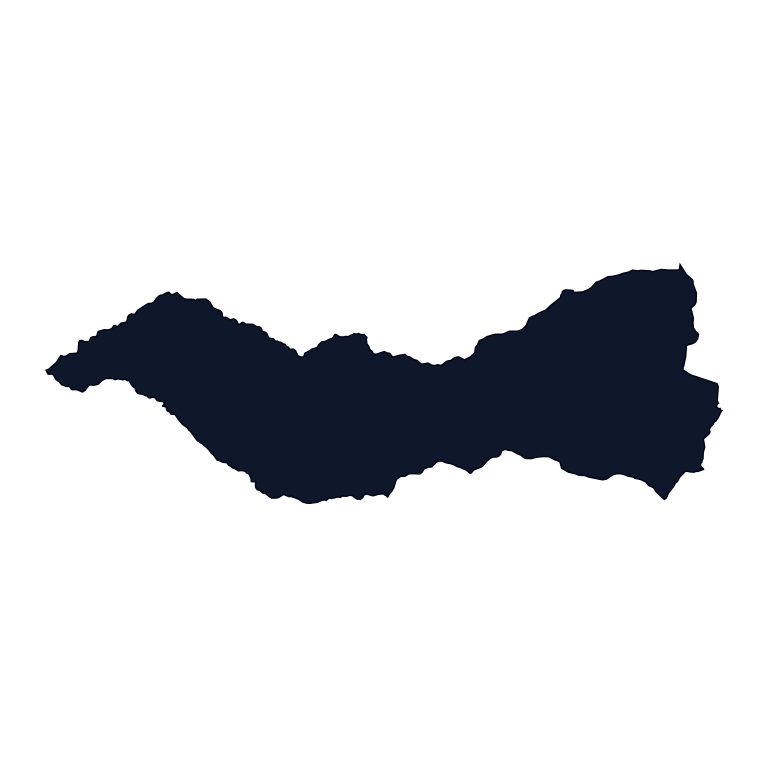 Manaure Balcón Del Cesar, Cesar, Colombia
{"feature_id": "7082276B80880832321074", "entity_name": "Manaure Balcón Del Cesar", "entity_type": "district", "adm_level": 2, "iso_a3": "COL", "parent_name": "Colombia", "parent_adm1": "Cesar", "projection": "mercator", "projection_center": [-73.004, 10.394], "detail": "fine", "context": "isolated", "style": "filled", "palette": "ink", "viewbox_px": 768, "rotation_deg": 0, "n_neighbors": 0, "source": "geoboundaries", "source_scale": "gbopen_adm2", "svg_char_len": 6090}
<svg xmlns="http://www.w3.org/2000/svg" viewBox="0 0 768 768"><path d="M46.1,370.2L48.0,374.0L48.9,374.3L51.5,373.9L53.5,374.9L56.1,379.6L59.3,381.8L61.5,384.6L65.8,386.3L69.6,386.6L71.4,389.2L72.2,389.6L77.3,389.7L82.1,391.9L82.9,391.8L85.2,390.2L88.3,385.9L89.3,385.1L90.8,384.8L93.5,385.3L98.2,384.1L102.3,380.3L106.1,378.4L112.2,378.5L115.4,379.6L118.4,378.8L122.9,379.7L124.7,379.2L125.6,379.3L127.3,380.7L128.5,380.4L129.1,380.7L132.2,385.8L133.4,387.0L134.9,387.5L136.0,391.2L137.9,393.4L143.7,394.7L146.1,395.9L147.0,395.8L148.8,397.8L150.1,397.9L152.9,397.1L155.4,397.9L156.6,399.9L157.6,400.7L163.8,401.8L164.2,404.2L162.7,405.6L162.8,406.2L165.5,406.7L166.3,407.5L166.6,409.7L167.3,410.9L169.7,411.9L171.1,414.2L173.8,414.2L175.4,414.9L178.1,419.1L182.6,424.4L187.6,427.9L188.5,429.8L190.4,431.3L197.6,441.0L199.2,440.9L199.7,442.4L202.2,443.7L206.1,447.0L209.0,449.9L211.4,453.3L213.1,454.4L217.2,460.1L219.4,460.6L222.3,462.1L227.3,462.8L228.3,464.9L231.4,466.6L232.4,467.8L234.9,468.6L238.4,470.8L241.2,470.5L244.0,470.9L245.1,471.3L246.7,473.0L249.0,474.0L251.2,478.7L251.3,481.5L255.2,481.9L255.9,482.4L255.5,484.1L255.6,486.8L255.9,487.8L257.2,489.6L260.1,490.6L263.0,493.1L265.8,493.7L269.9,497.1L271.8,498.1L277.0,497.9L279.8,496.8L283.1,494.6L284.4,494.7L288.7,496.5L289.9,496.7L291.4,495.8L292.0,495.9L292.3,497.1L293.4,497.1L298.9,499.4L302.6,501.9L306.7,503.1L309.9,503.3L317.6,502.2L322.2,500.1L325.3,499.9L326.1,500.5L329.3,497.8L331.4,498.5L337.7,497.0L340.6,497.3L341.9,496.1L346.9,496.2L349.2,495.3L352.1,495.5L355.5,498.1L356.8,498.4L357.1,499.2L359.5,498.9L360.3,499.5L362.9,497.3L363.8,495.1L366.3,493.9L373.1,495.8L378.8,494.1L383.6,493.9L385.3,495.3L386.8,495.7L387.1,496.8L387.7,497.0L389.5,493.5L391.3,491.9L393.6,488.2L396.2,479.9L396.9,479.0L400.6,476.4L405.0,476.2L408.8,473.9L411.6,473.6L420.0,473.9L422.0,472.3L423.9,469.0L428.0,467.2L431.6,466.9L434.4,464.3L435.9,462.4L438.3,461.1L441.7,461.0L446.3,462.8L450.6,463.6L454.3,464.9L456.6,466.3L460.9,467.6L466.0,470.0L469.9,473.1L471.2,473.0L473.7,469.9L480.8,467.2L482.9,465.9L486.0,462.0L489.9,458.4L492.7,457.1L496.9,456.9L498.8,456.1L500.6,454.1L501.9,450.6L505.2,449.3L507.9,450.2L512.1,450.7L516.4,453.2L521.2,455.3L523.6,457.4L525.5,458.4L531.1,458.6L537.1,457.1L543.6,456.5L549.3,456.7L554.5,459.6L559.9,461.6L561.7,468.3L568.4,472.1L575.4,473.8L578.7,475.1L585.3,475.6L588.7,477.0L602.6,479.8L606.4,479.1L612.6,474.9L616.2,473.8L619.9,473.6L622.0,474.0L625.0,474.8L627.6,476.0L632.8,477.0L634.7,477.7L634.8,478.2L640.7,479.5L645.9,482.0L648.7,485.5L653.4,487.5L656.3,491.9L664.3,499.4L666.3,497.9L668.4,493.1L674.4,485.3L675.1,483.2L677.5,481.4L679.6,477.1L683.6,473.3L684.5,471.8L686.4,471.1L691.2,472.0L694.3,472.1L695.8,471.3L697.9,471.4L703.5,469.4L703.4,468.8L700.8,466.5L700.5,465.2L700.7,463.2L701.8,462.4L702.0,460.8L703.0,458.5L703.2,452.6L704.7,447.1L703.3,439.0L709.5,433.4L709.9,431.7L709.4,429.3L709.8,428.5L709.4,428.1L713.5,424.0L713.5,422.6L716.1,420.8L716.7,419.2L717.6,418.8L721.0,411.7L721.9,410.6L720.6,410.4L720.2,408.5L718.1,408.6L716.5,406.4L716.9,404.5L718.4,403.3L717.2,400.4L718.2,387.0L717.5,384.5L716.8,383.6L690.8,375.0L683.0,370.0L683.0,367.5L683.8,365.5L685.7,356.2L686.4,345.8L687.3,345.1L693.2,343.3L695.8,341.5L697.7,338.5L698.4,334.5L697.7,333.0L695.6,331.5L693.3,327.6L692.9,322.6L693.4,318.4L691.0,308.7L691.0,308.0L694.8,304.7L696.0,302.1L696.4,293.1L693.0,283.8L692.9,280.9L692.4,279.8L686.2,274.3L680.1,264.7L679.4,269.7L677.1,270.1L668.4,270.1L661.1,269.5L652.5,271.7L649.9,270.9L641.1,270.4L638.0,270.9L632.4,270.2L628.6,272.1L623.0,273.4L618.6,275.0L612.9,276.3L607.8,276.8L599.7,281.1L596.0,282.3L591.4,287.6L588.1,289.7L582.9,291.9L575.9,292.4L573.9,292.2L573.2,291.7L573.1,290.7L572.3,290.4L566.0,289.9L563.8,290.5L562.3,291.8L562.1,293.6L560.9,295.1L560.7,297.2L560.1,297.9L550.4,305.7L545.8,310.1L538.3,313.4L535.0,315.5L531.4,316.8L529.3,318.2L526.5,324.9L524.9,327.1L521.6,329.8L517.6,331.2L509.3,331.3L502.8,334.2L494.3,334.4L486.9,336.7L483.4,338.9L479.4,340.6L477.7,344.6L475.5,347.4L474.8,352.6L472.9,354.7L470.0,357.1L464.5,359.9L458.5,356.9L455.5,357.5L453.3,358.6L450.9,360.6L447.9,360.9L446.0,361.7L442.4,364.7L440.6,365.5L437.5,364.7L435.4,365.6L431.9,365.2L427.8,363.1L422.7,364.1L421.0,364.0L417.2,360.5L413.9,359.6L409.9,357.1L407.1,356.3L405.0,354.4L399.0,355.4L393.3,357.0L392.2,356.5L389.7,353.4L387.0,352.9L384.3,351.6L376.1,354.3L374.6,354.2L373.0,353.3L372.2,351.5L369.8,349.5L368.5,345.9L366.9,344.0L366.3,339.6L366.8,337.7L366.5,336.8L365.2,335.9L364.1,334.5L361.8,334.9L358.6,333.5L356.5,334.1L353.8,333.8L352.4,335.0L350.4,335.3L348.3,336.8L346.2,336.4L343.3,337.0L339.5,336.8L335.8,334.4L334.8,334.7L332.5,338.3L329.1,339.4L325.0,341.5L321.7,341.9L318.8,344.7L317.0,347.6L312.4,348.9L307.2,352.2L305.3,352.9L304.6,353.9L304.1,356.1L302.5,357.1L301.0,357.1L297.8,355.8L295.6,350.9L294.3,349.6L293.4,349.1L290.2,349.3L289.4,348.9L288.5,347.3L286.5,346.5L284.9,344.3L283.4,344.0L280.6,342.2L278.7,342.1L277.6,341.2L275.4,341.3L273.7,339.0L272.9,338.7L269.2,338.2L268.2,337.1L266.6,333.2L264.9,332.0L263.3,331.9L262.3,331.3L261.1,328.0L259.3,327.0L256.1,326.4L252.9,324.3L245.9,324.2L243.1,322.4L242.2,322.5L239.3,324.5L238.4,324.4L236.5,320.6L233.8,318.9L230.1,319.8L226.2,317.3L223.3,317.6L222.7,317.1L222.0,313.1L221.4,311.9L220.2,310.8L214.1,308.3L212.7,307.2L209.7,301.9L205.8,299.1L197.1,299.3L195.7,300.5L193.2,299.4L186.2,299.2L183.6,298.5L177.0,292.7L172.9,294.6L171.9,294.6L170.5,294.1L169.2,292.6L168.4,292.3L165.7,293.2L162.4,295.1L160.2,295.3L159.0,296.0L156.6,298.2L153.8,302.2L151.6,303.3L148.1,303.6L146.1,304.8L137.8,310.2L135.0,314.2L133.5,314.4L131.5,313.9L129.0,315.0L127.5,317.5L127.4,320.3L126.0,322.3L121.0,323.2L117.6,326.6L116.5,326.8L115.8,325.5L113.9,325.8L111.7,328.7L109.9,329.4L107.9,330.0L104.5,329.7L99.0,331.2L98.1,331.9L96.9,335.7L96.0,336.6L92.3,336.9L90.6,338.1L89.7,340.5L88.8,341.6L84.6,341.7L81.9,340.4L79.7,340.8L78.9,342.1L78.1,351.1L77.1,353.2L69.6,353.8L66.2,356.1L64.0,356.5L60.8,355.6L56.3,362.6L48.7,369.2L46.1,370.2Z" fill="#0f172a" stroke="#020617" stroke-width="1.5"/></svg>